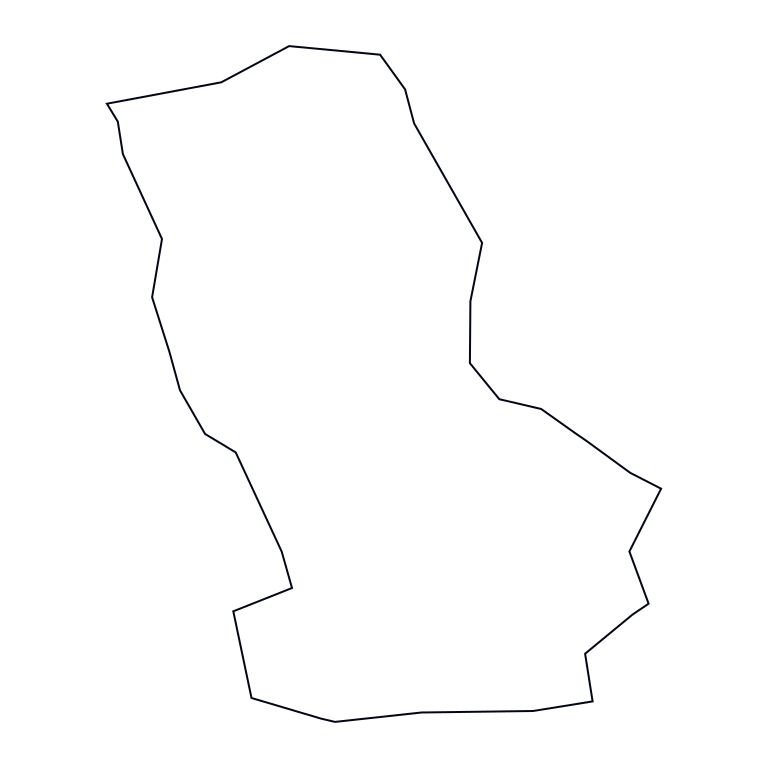 the district of Bayan-O'ndor, Övörhangay, Mongolia
{"feature_id": "93677404B89129969476905", "entity_name": "Bayan-O'ndor", "entity_type": "district", "adm_level": 2, "iso_a3": "MNG", "parent_name": "Mongolia", "parent_adm1": "Övörhangay", "projection": "equal_earth", "projection_center": [104.264, 46.509], "detail": "fine", "context": "isolated", "style": "outline", "palette": "ink", "viewbox_px": 768, "rotation_deg": 0, "n_neighbors": 0, "source": "geoboundaries", "source_scale": "gbopen_adm2", "svg_char_len": 590}
<svg xmlns="http://www.w3.org/2000/svg" viewBox="0 0 768 768"><path d="M380.1,54.7L289.1,46.1L221.3,82.3L106.9,103.7L117.8,121.6L122.9,154.1L162.0,239.0L152.1,297.3L169.4,351.8L180.0,390.3L205.1,434.0L235.7,452.4L281.7,551.6L292.0,588.0L233.3,611.3L251.5,698.0L321.0,718.6L335.0,721.9L421.5,712.5L533.0,711.0L592.6,701.4L585.1,653.7L632.5,614.6L648.6,603.7L629.4,551.5L661.0,488.9L661.1,488.7L630.3,472.9L596.2,448.0L587.3,441.5L574.7,432.8L541.2,409.0L499.3,399.2L469.9,363.2L470.4,301.3L482.1,242.9L414.1,123.4L405.1,89.4L380.1,54.7Z" fill="none" stroke="#020617" stroke-width="2"/></svg>